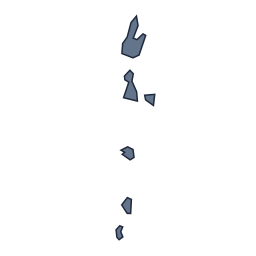 SVG path tracing the border of Vanuatu, rotated 31°
{"feature_id": "VUT", "entity_name": "Vanuatu", "entity_type": "country or territory", "adm_level": 0, "iso_a3": "VUT", "parent_name": "Oceania", "parent_adm1": "", "projection": "robinson", "projection_center": [167.975, -16.976], "detail": "coarse", "context": "isolated", "style": "filled", "palette": "slate", "viewbox_px": 256, "rotation_deg": 31, "n_neighbors": 0, "source": "natural_earth", "source_scale": "50m", "svg_char_len": 734}
<svg xmlns="http://www.w3.org/2000/svg" viewBox="0 0 256 256"><g transform="rotate(31 128 128)"><path d="M83.9,35.1L86.2,48.3L90.2,47.6L92.4,39.6L95.5,39.5L99.9,59.8L96.1,65.3L84.4,67.3L79.9,58.3L80.5,50.5L76.3,36.0L77.6,27.7L83.9,35.1ZM107.3,85.9L116.7,92.5L122.2,100.1L108.6,104.3L105.1,88.3L100.5,88.3L98.2,85.3L99.9,77.5L104.6,78.8L107.3,85.9ZM174.3,199.9L171.3,201.6L162.2,197.2L163.3,188.0L167.7,187.5L174.3,199.9ZM143.4,143.9L148.3,150.1L146.2,154.2L136.6,153.5L137.6,150.5L133.4,150.6L137.4,144.3L143.4,143.9ZM138.2,95.6L128.6,94.8L125.4,91.3L133.6,85.4L138.2,95.6ZM179.7,224.0L177.9,228.3L174.7,227.3L170.2,221.4L171.3,216.1L174.4,215.5L175.2,220.7L179.7,224.0Z" fill="#64748b" stroke="#1e293b" stroke-width="1.5"/></g></svg>